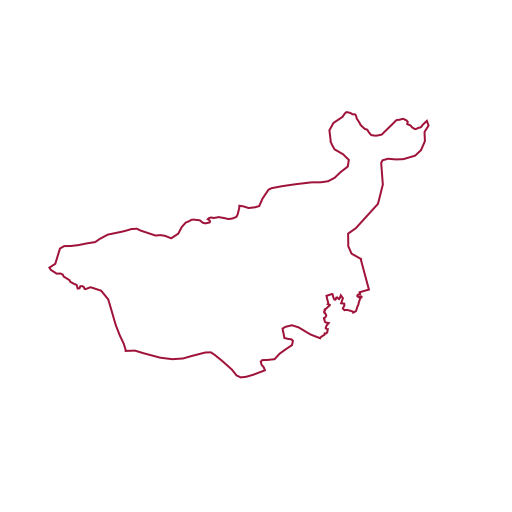 Bani Matar, Sana'a, Yemen, rotated 74°
{"feature_id": "15242507B86732634383782", "entity_name": "Bani Matar", "entity_type": "district", "adm_level": 2, "iso_a3": "YEM", "parent_name": "Yemen", "parent_adm1": "Sana'a", "projection": "robinson", "projection_center": [44.032, 15.215], "detail": "fine", "context": "isolated", "style": "outline", "palette": "rose", "viewbox_px": 512, "rotation_deg": 74, "n_neighbors": 0, "source": "geoboundaries", "source_scale": "gbopen_adm2", "svg_char_len": 5846}
<svg xmlns="http://www.w3.org/2000/svg" viewBox="0 0 512 512"><g transform="rotate(74 256 256)"><path d="M337.2,178.2L337.0,176.9L336.9,176.7L336.5,175.1L334.7,173.8L333.3,173.0L331.1,171.1L329.8,170.4L328.4,169.6L327.7,169.0L326.5,168.3L325.7,167.5L325.5,167.4L325.4,167.3L325.0,166.6L324.7,166.0L324.6,165.8L324.4,165.7L324.2,165.8L324.1,166.0L324.3,166.5L324.5,166.8L324.5,167.1L324.4,167.2L323.9,167.7L323.8,167.8L323.7,167.8L323.6,167.7L323.6,168.1L323.9,168.4L324.0,168.5L323.9,168.6L322.7,169.6L322.3,169.7L321.3,168.8L321.2,167.8L321.2,166.6L321.2,166.4L319.4,166.4L319.4,156.7L312.1,156.6L288.7,156.2L287.9,155.8L287.4,156.3L283.6,160.0L280.1,163.5L272.0,164.6L268.4,163.6L265.1,162.7L259.9,161.3L256.8,152.4L239.5,124.4L235.9,122.3L235.6,122.1L222.3,114.4L201.0,110.0L199.5,108.6L198.9,108.0L198.9,102.3L201.7,95.0L203.5,87.8L203.5,85.4L203.4,75.4L200.9,70.5L199.8,68.3L199.7,68.2L192.2,62.0L190.2,61.5L185.6,60.4L183.8,60.0L183.0,59.6L178.2,54.2L173.2,54.5L175.8,59.5L176.2,60.2L176.9,60.7L177.1,61.3L177.5,61.7L177.7,62.2L177.7,63.1L177.6,63.8L177.6,64.5L177.7,65.3L177.8,66.0L178.0,66.8L178.0,67.4L177.9,68.1L177.5,68.5L177.1,68.9L176.7,69.2L176.2,69.8L175.7,70.2L175.2,70.6L174.5,70.9L173.4,71.3L172.6,72.0L171.6,73.5L170.9,74.3L170.4,74.1L169.1,73.2L168.6,73.4L168.0,73.5L167.5,73.8L166.9,74.2L166.5,74.6L166.2,75.0L165.9,75.5L165.3,76.0L164.8,76.6L164.6,77.3L164.6,77.9L164.6,78.5L164.6,79.2L164.6,80.0L164.6,80.6L164.5,81.3L164.3,82.0L164.1,82.9L164.2,83.5L164.4,84.1L164.6,84.7L165.0,85.2L165.3,85.7L169.5,93.4L169.5,93.5L172.2,98.5L173.8,101.3L173.9,101.5L173.9,102.1L173.9,102.7L173.8,103.3L173.8,103.9L173.7,105.4L173.6,106.0L173.5,106.7L173.5,107.3L173.3,107.9L173.0,108.6L172.8,109.2L172.5,109.7L172.2,110.5L172.0,111.1L171.6,111.7L171.2,112.1L170.7,112.3L170.1,112.6L169.6,112.8L169.0,113.1L168.5,113.2L168.0,113.5L167.4,113.7L166.8,113.8L166.3,113.9L165.8,114.1L165.3,114.3L164.9,114.7L164.5,115.2L164.3,115.8L164.0,116.3L163.5,116.6L163.0,116.9L162.6,117.2L162.0,117.5L161.9,117.6L160.9,118.2L160.4,118.5L159.7,118.9L159.2,119.2L158.5,119.4L158.0,119.6L157.5,119.6L156.9,119.7L156.4,119.8L155.8,120.0L155.1,120.2L154.5,120.4L154.0,120.5L153.5,120.7L152.8,120.9L152.3,121.1L151.7,121.2L151.1,121.3L150.5,121.2L149.4,121.2L148.7,121.3L148.1,121.3L147.6,121.5L147.1,122.0L146.8,122.7L146.7,123.3L146.3,124.3L145.9,124.6L145.2,125.2L144.8,125.6L144.3,126.3L143.9,126.9L143.6,127.4L143.4,127.9L143.3,128.1L143.0,128.6L142.6,129.5L143.5,131.3L146.1,134.5L149.5,145.0L150.9,146.3L155.4,150.8L165.6,152.4L166.4,152.8L166.5,152.8L170.5,152.2L175.1,151.1L182.2,144.3L182.3,144.2L189.2,140.3L195.3,143.1L198.4,150.9L198.6,151.4L201.5,157.0L202.5,158.8L204.0,166.1L203.0,173.4L202.4,175.6L202.1,176.8L200.5,182.4L199.8,186.6L198.1,197.0L197.2,203.3L196.1,211.6L196.0,212.4L195.1,222.3L195.7,225.7L199.8,230.6L202.8,234.1L208.0,238.4L208.9,239.1L208.9,243.6L208.4,246.6L207.9,249.8L205.7,253.1L204.9,254.3L203.1,258.1L205.5,259.0L211.0,262.2L212.9,264.0L213.0,264.5L213.4,266.9L213.3,270.0L212.8,272.5L210.6,276.4L209.2,279.4L208.4,280.9L208.2,282.5L207.9,285.5L207.8,286.2L206.6,288.6L206.6,290.7L207.3,292.2L208.5,291.1L209.6,290.7L210.3,290.7L211.0,291.4L210.8,294.0L210.7,295.2L210.7,295.7L209.3,298.0L206.2,300.2L204.5,304.3L204.0,305.5L203.4,307.8L203.7,309.0L204.0,310.3L204.3,312.4L204.5,314.3L207.6,319.3L213.1,324.6L213.2,324.9L215.6,332.6L211.4,338.1L209.6,342.1L208.6,347.0L199.9,359.7L196.9,363.1L196.3,366.0L195.7,368.4L195.8,370.3L195.8,375.8L195.6,379.1L194.6,392.7L196.5,401.4L197.4,404.1L198.3,406.8L197.2,415.5L196.6,423.6L195.4,431.0L193.7,437.4L193.6,437.7L194.8,442.4L208.2,451.1L210.2,457.8L212.7,457.1L218.0,452.5L219.0,448.7L220.6,446.9L222.8,446.5L227.9,441.9L229.6,441.7L232.8,438.4L234.3,436.4L238.1,436.4L238.4,434.6L236.6,433.2L237.1,431.3L238.4,430.0L240.1,429.9L240.7,429.5L240.8,428.7L240.7,427.0L240.4,423.8L242.1,421.1L246.7,414.4L257.0,410.0L267.3,409.9L274.5,409.9L279.7,409.9L284.3,409.8L295.0,408.8L303.9,407.3L310.1,407.2L311.3,407.5L313.6,398.4L318.4,391.0L327.3,376.2L332.1,365.0L334.4,354.4L334.4,346.4L334.4,344.4L334.8,331.2L336.2,325.9L340.0,322.7L342.5,321.0L345.0,319.2L347.6,317.4L350.6,315.5L358.5,310.5L365.5,307.6L368.5,304.1L369.4,298.8L369.4,291.9L369.4,291.3L369.0,287.2L368.4,279.2L368.2,278.9L365.5,279.2L364.7,279.4L362.1,280.6L358.9,280.6L358.3,279.6L357.8,278.7L359.1,273.6L360.3,266.6L356.4,260.2L355.9,258.8L353.6,252.3L351.6,246.0L347.8,243.9L345.9,244.9L344.5,248.1L342.6,251.3L341.5,251.2L340.6,251.1L336.9,250.8L336.0,250.7L335.9,250.8L333.1,250.5L332.2,247.2L332.5,240.5L336.3,234.8L340.2,231.1L341.5,229.9L342.0,229.5L346.5,225.2L352.7,217.1L352.1,216.7L351.7,215.5L351.2,214.3L350.8,212.1L349.3,211.3L349.8,209.8L348.9,208.5L348.4,208.3L346.2,207.2L346.1,207.7L345.3,208.3L344.7,208.9L344.1,208.7L342.3,207.3L340.5,204.6L339.3,207.0L338.3,207.9L336.8,207.9L336.1,207.7L335.6,207.9L335.2,207.9L334.4,207.8L334.3,207.1L334.2,206.6L333.8,206.0L333.7,205.9L333.1,205.3L332.9,205.1L332.4,204.8L331.3,205.0L330.4,205.4L330.0,205.3L329.5,205.9L328.6,206.0L328.5,205.9L328.3,205.6L328.1,205.3L327.5,205.2L327.2,205.1L327.1,204.9L327.0,205.0L326.7,205.0L326.3,204.7L326.2,204.4L326.3,203.9L325.7,202.7L324.3,199.9L323.8,198.8L323.4,198.5L323.0,198.9L322.9,199.0L322.6,199.6L322.4,199.8L322.4,199.7L320.3,199.5L316.0,199.4L313.7,199.2L313.6,196.1L313.5,194.5L313.5,193.4L313.6,193.1L314.4,193.0L316.2,193.0L317.1,193.0L317.7,193.0L318.7,192.9L319.3,192.7L319.9,192.0L319.8,191.5L319.3,191.1L318.4,190.5L318.1,190.1L318.1,189.8L318.1,189.6L318.2,189.4L318.6,189.0L319.1,188.8L319.7,188.6L320.0,188.4L320.3,188.1L319.4,186.9L318.5,186.3L318.0,185.8L317.8,185.7L317.2,185.3L320.5,184.1L324.9,187.2L326.1,184.3L327.8,184.6L330.4,187.0L330.5,187.0L332.5,185.9L332.5,185.1L333.1,183.1L334.8,180.1L336.2,178.2L337.2,178.2Z" fill="none" stroke="#9f1239" stroke-width="2"/></g></svg>